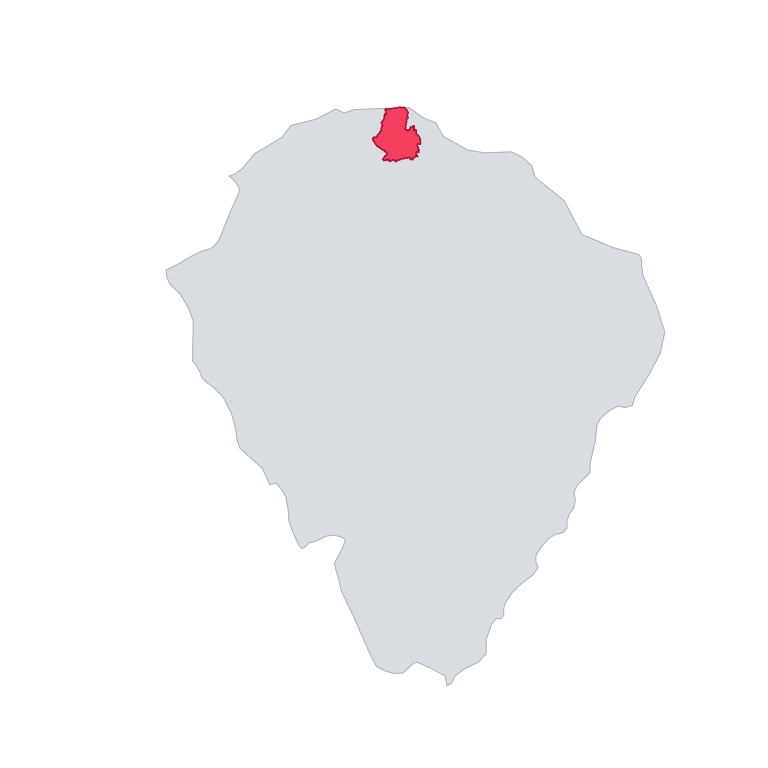 location of San Carlos, Maldonado, Uruguay, rotated 202°
{"feature_id": "84410073B16503485399058", "entity_name": "San Carlos", "entity_type": "district", "adm_level": 2, "iso_a3": "URY", "parent_name": "Uruguay", "parent_adm1": "Maldonado", "projection": "robinson", "projection_center": [-54.965, -34.66], "detail": "fine", "context": "in_parent", "style": "filled", "palette": "rose", "viewbox_px": 768, "rotation_deg": 202, "n_neighbors": 0, "source": "geoboundaries", "source_scale": "gbopen_adm2", "svg_char_len": 7145}
<svg xmlns="http://www.w3.org/2000/svg" viewBox="0 0 768 768"><g transform="rotate(202 384 384)"><path d="M605.5,518.7L601.0,522.8L596.1,530.5L590.3,549.0L571.0,574.5L567.1,588.9L546.4,603.9L531.8,620.8L522.4,620.4L513.8,627.6L464.6,649.6L446.9,645.5L433.8,645.5L421.7,635.9L393.9,632.3L376.6,636.2L353.2,646.9L346.2,646.7L341.1,646.1L328.5,641.7L321.6,632.3L285.6,621.5L256.5,596.8L222.3,596.3L196.1,599.5L192.0,596.3L189.3,589.9L183.8,580.8L161.0,559.0L143.1,537.4L139.4,516.2L141.6,493.1L146.6,465.7L145.6,457.2L152.1,452.3L158.6,451.3L164.8,444.2L170.3,433.5L171.2,425.4L166.7,410.4L163.5,389.4L159.8,379.0L166.9,362.6L167.1,354.5L162.8,347.5L161.6,340.3L163.5,332.8L163.0,325.7L160.3,318.8L162.3,313.2L168.9,308.7L173.7,301.8L176.9,292.5L178.5,285.5L178.6,280.6L176.5,276.0L172.4,271.6L174.2,263.0L182.0,250.1L187.0,238.7L189.2,228.7L189.0,220.6L186.3,214.5L187.4,210.3L192.2,208.1L194.3,201.7L193.5,185.6L188.3,172.3L192.1,161.7L203.0,149.5L208.7,139.7L209.1,132.2L212.5,127.9L217.8,136.0L233.5,138.1L249.3,138.4L251.9,136.4L258.0,123.2L266.1,119.4L275.0,118.4L284.8,119.1L295.2,127.8L324.6,156.5L346.2,176.4L352.7,185.7L358.4,192.8L362.7,199.3L361.0,216.3L361.3,223.8L362.3,225.9L367.2,226.1L374.4,224.9L380.6,221.3L385.3,215.8L390.0,211.3L393.8,209.0L395.1,205.4L397.3,201.6L399.5,200.8L403.8,203.6L413.8,213.3L421.6,222.3L423.5,227.4L426.5,232.8L429.7,237.5L432.0,242.0L439.5,248.0L447.1,251.7L452.2,247.9L465.2,260.2L493.8,270.6L499.1,276.8L504.0,285.7L514.0,299.1L527.8,311.2L538.9,316.3L549.6,319.3L555.5,321.9L559.6,326.6L566.1,331.6L570.2,333.4L571.6,337.9L575.7,347.7L580.1,360.0L584.8,371.5L595.2,382.5L606.8,391.1L619.0,395.9L625.8,401.9L628.6,408.2L620.4,417.4L611.5,429.1L603.6,438.2L595.5,444.6L592.8,449.1L591.0,455.9L590.9,492.1L590.2,505.6L590.7,509.2L591.9,511.6L597.0,515.2L603.0,518.2L605.5,518.7Z" fill="#d9dde1" stroke="#a8b0b8" stroke-width="1"/><path d="M452.9,634.6L453.4,634.4L453.8,634.2L453.8,632.5L454.4,632.5L454.9,632.5L455.3,632.3L455.6,632.3L455.6,632.2L455.5,631.5L455.6,630.3L455.4,630.1L455.4,629.9L455.9,629.4L456.3,629.2L456.3,628.2L456.5,627.7L456.8,627.7L457.1,628.0L457.3,628.2L457.6,628.3L457.8,628.3L459.5,628.2L459.8,628.2L460.0,628.3L459.9,628.7L459.9,629.2L459.9,629.7L459.8,630.0L460.0,630.2L460.1,630.3L460.3,630.5L460.6,630.6L460.7,630.8L460.7,631.1L460.7,631.5L460.6,632.0L460.6,632.7L460.7,633.1L461.0,633.3L461.3,633.5L461.4,634.1L461.3,634.5L461.2,634.9L461.1,635.6L461.1,635.8L461.5,636.3L462.1,637.0L462.3,637.5L462.5,637.7L462.4,638.0L462.1,638.5L461.7,638.7L461.4,639.1L461.5,639.5L461.6,639.9L461.6,640.4L462.7,641.1L463.1,641.4L463.1,642.9L463.1,644.1L463.1,644.5L463.4,645.0L464.0,645.3L464.4,645.5L464.6,645.5L465.0,645.9L465.2,646.3L465.6,646.8L466.0,647.0L467.3,647.0L467.7,647.2L468.3,647.9L468.5,647.8L468.6,648.0L468.8,648.0L469.0,648.0L469.3,648.1L469.4,647.9L469.5,647.8L469.7,647.6L469.8,647.6L470.0,647.4L470.8,647.0L471.3,646.8L471.5,646.9L471.7,647.0L471.8,646.9L472.1,646.8L472.3,646.8L472.6,646.6L472.8,646.6L473.0,646.5L473.5,646.4L474.2,645.8L474.6,645.6L475.4,645.0L477.3,643.8L478.8,642.9L479.6,642.4L483.1,640.6L483.9,640.3L484.6,640.0L485.5,639.8L485.4,639.6L485.6,639.1L485.8,638.7L485.7,638.4L485.3,638.2L485.0,638.0L484.7,637.8L484.2,637.3L483.7,636.8L483.3,636.5L483.2,636.2L483.3,636.0L483.8,635.7L483.9,635.4L483.7,635.2L484.3,635.1L484.5,634.9L484.6,634.6L484.4,634.5L484.2,634.5L483.9,634.3L483.5,634.1L483.6,633.5L484.3,632.9L483.9,632.3L483.7,631.7L483.4,629.6L483.3,628.6L483.6,628.3L483.7,628.1L483.5,627.6L484.0,626.8L484.3,626.2L484.5,625.6L484.4,625.2L483.7,624.6L482.7,624.0L482.7,623.0L482.4,623.0L482.2,623.0L482.3,622.7L482.5,622.5L482.6,622.2L482.7,621.9L482.5,621.7L482.1,621.4L482.3,620.1L482.3,619.4L482.2,619.2L481.7,618.9L481.4,618.7L481.5,618.5L481.7,618.2L481.7,617.7L481.6,617.1L481.8,617.0L482.1,616.9L482.3,616.7L482.3,616.4L482.2,616.0L482.0,615.7L481.9,615.5L483.1,613.1L483.3,612.8L483.4,612.1L483.2,611.0L483.3,610.4L483.5,610.1L484.0,609.9L484.9,609.5L485.5,609.3L485.5,608.9L486.4,608.1L486.6,607.9L486.5,607.6L486.3,607.5L486.3,607.2L486.2,606.7L485.0,605.8L485.0,605.5L484.6,605.5L484.2,605.3L483.8,604.9L483.5,604.4L482.4,603.7L479.5,601.9L478.9,601.9L478.2,602.0L477.8,601.9L477.5,601.6L477.3,601.4L475.5,601.5L475.2,601.4L473.9,600.6L473.7,600.5L473.3,600.5L472.9,600.6L472.5,600.8L472.1,601.1L471.6,601.1L471.2,601.0L471.0,600.8L471.0,600.5L471.0,599.9L470.9,599.8L470.7,599.7L470.3,599.8L469.1,599.8L468.2,599.7L467.7,599.5L467.5,599.3L467.4,598.8L467.4,598.6L467.8,598.0L467.8,597.9L467.6,597.7L467.6,597.0L468.2,596.4L468.5,595.8L468.6,595.0L468.7,594.3L469.0,593.9L469.0,593.1L469.2,592.7L469.4,591.8L469.2,591.7L468.9,591.6L468.7,591.5L468.4,591.4L468.2,591.3L468.1,591.2L467.9,591.1L467.4,591.3L467.0,591.7L466.6,592.3L465.8,592.2L465.7,592.6L465.5,593.0L465.5,593.3L465.2,593.2L464.8,593.1L464.6,593.0L464.5,592.9L464.3,593.0L464.1,593.5L463.6,593.4L463.2,593.6L463.0,593.3L462.8,593.0L462.7,592.8L462.6,592.6L462.3,592.5L462.0,592.5L461.9,592.7L461.7,592.7L461.5,592.8L461.5,593.0L461.3,593.3L461.3,593.5L461.1,593.6L461.0,593.8L460.9,593.9L460.7,594.1L460.4,594.4L460.2,594.4L460.0,594.9L459.9,594.9L459.7,595.0L459.3,595.3L459.1,595.6L458.7,595.6L458.4,595.3L457.9,595.0L457.7,595.0L457.0,594.8L456.8,594.8L456.6,594.8L456.4,594.7L456.2,594.6L456.1,594.9L456.0,595.1L455.9,595.2L455.8,595.5L455.7,595.7L455.8,595.8L455.7,596.0L455.6,596.4L455.3,596.5L454.9,596.8L454.8,597.0L454.6,597.0L454.0,597.2L453.7,597.4L453.3,597.7L453.3,597.8L453.2,597.9L453.3,598.0L453.2,598.3L452.7,598.9L452.4,599.1L452.2,599.1L451.8,599.3L451.7,599.4L451.7,599.5L451.0,600.0L450.8,600.1L450.2,600.2L449.9,600.4L449.8,600.5L449.6,600.6L449.4,600.8L449.4,601.1L449.4,601.3L449.4,601.5L448.9,601.7L448.7,601.7L448.5,601.8L448.1,602.0L447.5,602.1L447.0,602.1L446.9,602.2L446.7,602.4L446.6,602.5L446.4,602.8L446.2,603.1L446.1,603.3L445.9,603.5L445.5,603.4L445.3,603.5L445.0,603.5L444.6,603.4L444.2,602.5L443.7,601.9L443.6,602.0L443.0,602.5L442.8,602.6L442.1,602.6L441.6,602.6L441.4,602.8L441.3,603.0L441.3,603.4L441.7,603.8L441.9,604.0L441.6,604.6L441.2,604.8L440.3,605.9L440.0,606.4L439.9,606.9L439.6,607.2L439.2,607.3L438.4,607.4L438.0,607.6L438.1,607.8L438.4,608.1L438.6,608.2L438.9,608.2L439.2,608.1L439.6,608.1L440.0,608.1L440.1,608.3L440.1,608.6L439.9,609.0L439.8,609.3L440.2,609.6L440.6,610.1L440.7,610.4L440.9,610.9L440.8,611.3L440.7,611.5L440.4,611.6L439.7,611.8L439.3,611.6L439.0,611.6L438.6,611.9L438.5,612.2L438.7,612.4L439.3,612.8L439.5,613.0L439.3,613.5L439.0,614.0L439.4,614.5L440.2,614.8L440.6,615.1L440.7,616.2L441.2,616.5L442.0,616.9L442.5,617.3L442.6,617.6L442.9,618.2L442.9,619.0L442.7,619.4L442.4,619.5L440.7,619.5L440.3,619.7L440.3,620.8L440.7,621.9L440.9,622.2L441.3,622.9L441.7,624.0L443.0,625.4L443.4,626.1L444.7,626.8L445.5,627.5L446.0,627.7L446.9,627.8L447.5,627.8L447.8,628.0L448.2,628.9L448.5,629.9L448.6,630.1L448.8,630.6L449.0,630.9L449.3,631.4L449.7,631.6L450.1,631.7L450.5,631.5L450.7,631.2L450.9,630.9L451.0,630.5L451.2,630.2L451.5,630.2L451.7,630.4L451.7,632.1L452.1,632.4L452.1,632.9L452.4,633.2L452.4,634.3L452.6,634.4L452.9,634.6Z" fill="#f43f5e" stroke="#9f1239" stroke-width="1.5"/></g></svg>